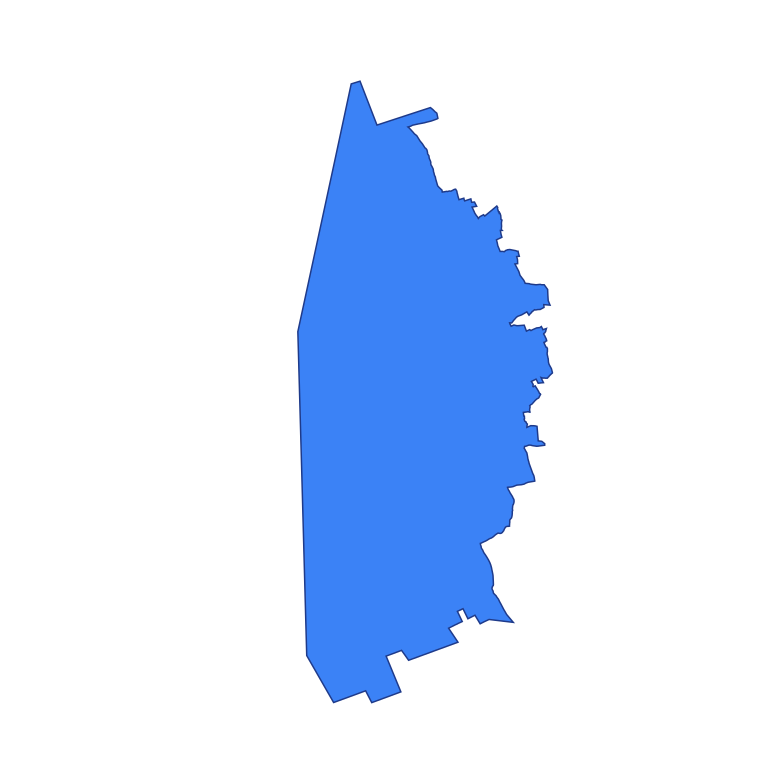 Chemax, Yucatán, Mexico (Equal Earth projection), rotated 154°
{"feature_id": "50627088B8241374845255", "entity_name": "Chemax", "entity_type": "district", "adm_level": 2, "iso_a3": "MEX", "parent_name": "Mexico", "parent_adm1": "Yucatán", "projection": "equal_earth", "projection_center": [-87.917, 20.732], "detail": "fine", "context": "isolated", "style": "filled", "palette": "blue", "viewbox_px": 768, "rotation_deg": 154, "n_neighbors": 0, "source": "geoboundaries", "source_scale": "gbopen_adm2", "svg_char_len": 6146}
<svg xmlns="http://www.w3.org/2000/svg" viewBox="0 0 768 768"><g transform="rotate(154 384 384)"><path d="M572.5,173.8L568.9,119.8L535.0,116.3L534.7,103.0L503.8,99.9L502.0,128.6L501.4,138.5L485.0,136.9L483.9,130.5L483.0,124.9L430.7,119.5L433.0,136.2L425.1,136.3L423.3,136.2L422.8,136.3L417.8,136.2L417.7,147.5L411.5,147.4L411.5,136.2L403.6,136.3L402.7,126.3L398.1,126.4L392.8,126.3L372.3,113.1L374.8,123.1L374.9,124.5L375.0,126.4L375.2,128.7L375.4,135.4L375.4,136.0L375.5,136.6L375.5,140.6L375.7,141.4L376.0,143.1L376.1,144.6L376.5,145.6L377.3,148.0L376.7,150.3L376.8,151.0L376.8,151.7L376.7,152.3L376.6,152.8L376.3,153.4L376.0,153.7L375.6,154.0L375.4,154.4L374.9,154.7L374.5,154.8L374.2,154.9L373.6,155.7L372.0,159.3L371.6,160.3L371.0,161.7L370.3,163.3L369.9,164.3L369.5,165.7L368.8,168.3L368.6,169.3L367.9,171.8L367.4,174.5L367.2,176.8L367.2,179.5L367.4,182.5L367.5,183.6L367.7,185.4L367.9,186.8L368.1,187.7L368.2,189.0L368.1,191.9L368.3,192.8L368.4,194.1L368.1,194.7L367.9,195.7L367.7,197.3L367.3,198.5L366.8,198.4L365.0,198.4L364.3,198.4L363.4,198.4L361.6,198.3L359.6,198.4L358.0,198.6L356.5,198.7L355.1,198.5L354.1,198.6L352.7,198.8L350.0,199.6L347.2,200.0L346.7,199.9L345.6,199.1L344.7,198.6L344.0,198.5L342.6,198.7L341.9,199.2L340.8,199.6L339.7,200.6L338.8,201.3L338.1,201.7L337.6,202.0L337.2,202.1L336.6,202.2L336.1,202.1L335.0,201.8L334.3,201.4L333.5,201.2L333.1,202.1L332.7,202.7L332.4,203.3L331.9,204.1L331.3,205.0L331.2,205.7L330.2,206.9L329.5,207.2L328.2,207.7L327.4,208.5L326.5,209.7L325.4,211.5L324.6,213.2L323.9,213.8L323.5,214.8L323.4,215.4L322.7,216.4L322.4,217.0L322.1,217.5L321.1,218.8L320.5,219.1L319.7,219.9L319.3,220.4L318.8,221.0L318.0,222.7L317.9,223.5L317.9,224.5L318.0,225.1L317.9,226.6L318.1,228.2L318.2,229.3L318.4,230.8L318.4,233.1L318.6,234.2L318.4,236.6L318.3,237.0L317.8,236.9L315.2,235.8L313.0,235.2L309.0,234.9L304.5,233.2L301.9,232.6L300.0,232.7L297.5,232.5L291.1,230.6L290.8,231.2L290.6,232.0L289.9,234.2L289.5,236.1L289.5,238.6L288.7,246.1L288.4,248.8L287.9,251.1L287.8,251.9L287.4,253.9L286.7,256.0L286.0,258.7L285.8,259.5L286.0,261.7L286.0,262.6L286.0,263.5L286.2,264.7L285.0,266.3L284.6,266.1L283.2,265.8L281.7,265.7L280.8,265.6L280.0,265.3L278.6,264.5L278.1,263.9L276.7,262.9L274.0,261.1L273.7,261.0L272.5,260.5L271.2,260.1L266.4,258.5L265.7,259.9L267.3,263.3L270.3,265.3L265.0,278.9L266.5,280.1L268.5,281.3L269.2,281.5L270.2,282.2L272.5,282.3L274.6,282.4L274.0,283.5L272.7,285.1L273.2,286.8L272.9,287.4L273.8,289.0L273.6,289.9L273.5,291.0L272.9,291.2L271.9,293.6L272.4,294.0L271.2,297.4L267.6,296.2L267.2,296.2L265.7,295.4L265.8,295.1L265.2,294.7L265.0,295.1L264.6,296.7L263.6,298.3L263.1,298.8L262.8,299.5L262.5,300.1L262.5,300.7L261.9,300.8L261.2,301.1L260.2,301.0L259.3,301.3L255.2,303.0L253.0,303.6L251.6,303.6L251.0,303.7L248.6,305.5L247.8,306.0L247.8,306.6L248.0,307.0L248.4,307.5L248.3,308.8L248.5,311.7L248.9,315.5L248.9,316.0L249.5,316.1L250.5,316.1L251.5,316.1L251.6,315.9L250.1,318.3L250.4,321.7L245.2,321.7L245.1,319.9L245.1,317.1L243.4,316.5L242.7,316.3L240.4,315.4L240.1,315.3L240.1,316.5L240.1,318.7L240.0,321.0L239.3,320.3L238.4,319.5L237.5,319.3L236.7,318.6L234.5,317.6L233.9,318.0L232.6,318.4L231.9,318.8L230.5,319.3L229.8,319.5L228.9,319.8L228.2,320.0L227.9,320.0L227.5,320.7L227.4,321.7L227.1,322.8L226.8,324.5L227.0,328.4L227.0,329.9L226.8,330.3L226.7,331.3L225.3,334.8L225.2,335.6L224.8,337.0L224.7,337.5L224.4,338.8L224.0,339.9L223.7,340.5L222.9,341.5L221.6,344.2L221.6,345.6L222.2,345.9L222.2,349.6L222.1,350.4L222.0,351.3L221.4,351.2L220.8,351.1L220.1,351.5L218.8,351.5L218.5,353.0L218.4,354.2L218.5,355.0L218.4,356.5L218.6,359.0L218.2,359.4L217.1,359.5L215.6,360.4L215.3,361.0L214.5,361.7L214.2,362.2L213.7,362.7L217.4,363.2L217.3,364.3L217.4,366.7L219.1,366.4L222.3,367.5L227.1,367.7L228.5,367.6L229.2,369.0L232.8,369.1L232.2,375.4L237.8,377.6L239.2,378.3L241.4,380.1L244.4,380.2L244.5,382.8L244.3,383.9L243.7,383.6L243.2,383.3L242.5,382.9L240.6,383.8L240.0,384.2L237.2,385.3L235.9,385.9L233.9,386.2L230.0,385.8L224.0,386.2L223.5,382.3L222.9,382.5L222.0,383.0L219.9,383.6L219.2,384.2L217.7,384.3L216.2,384.8L215.7,384.3L214.7,383.9L213.2,383.5L210.9,382.5L206.6,382.7L205.6,385.3L200.2,382.1L199.9,386.9L197.7,392.2L195.5,397.2L196.5,403.0L198.8,404.1L200.0,405.1L203.8,406.5L207.4,408.8L208.5,409.5L209.6,410.6L213.0,412.6L212.9,413.4L212.9,415.9L213.6,419.4L214.1,422.0L213.5,426.0L213.7,434.5L211.1,433.6L209.5,437.2L208.9,440.4L206.4,439.5L205.8,442.6L205.3,444.6L206.4,445.1L206.6,445.5L207.3,446.2L210.9,448.9L211.9,449.7L214.1,450.5L214.8,450.5L216.0,450.7L217.9,450.2L219.3,451.2L221.5,452.2L221.3,454.9L221.1,458.4L220.4,461.0L219.7,464.3L213.7,464.2L213.2,467.1L212.1,471.0L210.5,470.3L210.8,471.2L210.2,472.6L209.4,473.8L208.7,475.3L208.2,476.6L207.4,478.0L206.8,478.8L206.1,479.6L206.7,480.5L205.2,484.3L204.9,486.6L205.6,486.8L205.0,488.2L205.6,488.5L205.1,491.7L204.9,492.3L204.4,492.8L204.6,494.5L219.8,490.8L220.3,492.5L224.1,492.4L224.9,492.2L226.7,491.4L226.7,492.2L226.7,493.2L226.8,493.7L227.1,494.7L227.5,497.8L227.4,499.1L227.3,504.4L222.8,503.1L222.9,507.9L225.6,508.9L224.8,512.3L231.2,513.2L231.2,514.3L230.8,516.0L235.8,516.8L235.1,520.8L234.7,522.5L234.5,523.8L234.2,524.7L234.0,525.6L234.2,527.7L235.5,528.1L237.8,528.0L239.4,528.0L240.6,528.8L242.7,529.2L243.3,529.7L245.5,530.3L247.5,531.0L246.9,532.8L248.3,536.5L248.9,538.6L247.7,545.4L247.3,547.0L247.1,547.4L247.1,548.3L247.1,549.6L246.6,551.7L246.4,553.2L245.9,554.5L245.6,555.6L245.5,556.5L245.6,557.5L245.5,558.3L245.7,560.1L245.5,561.1L245.3,561.8L244.8,562.6L244.6,563.5L244.5,564.4L244.5,565.3L244.4,566.3L244.4,567.0L243.7,569.1L243.6,569.6L243.7,570.2L243.9,571.8L243.4,573.0L243.1,574.2L242.9,575.1L242.8,576.0L242.9,576.4L243.2,577.6L243.7,578.3L243.9,580.5L244.2,583.0L245.1,586.8L245.7,592.9L247.0,595.5L247.5,597.6L249.1,603.0L249.8,604.5L246.9,604.0L245.0,604.1L239.1,602.7L235.9,601.8L232.9,601.0L231.1,600.7L226.5,599.7L224.0,599.4L220.0,599.0L219.1,599.1L217.8,604.2L218.3,605.4L218.6,605.8L219.8,609.3L221.1,612.1L245.5,615.5L276.8,619.8L272.8,666.7L281.9,668.1L329.4,607.5L438.5,468.8L493.9,346.7L572.5,173.8Z" fill="#3b82f6" stroke="#1e3a8a" stroke-width="1.5"/></g></svg>